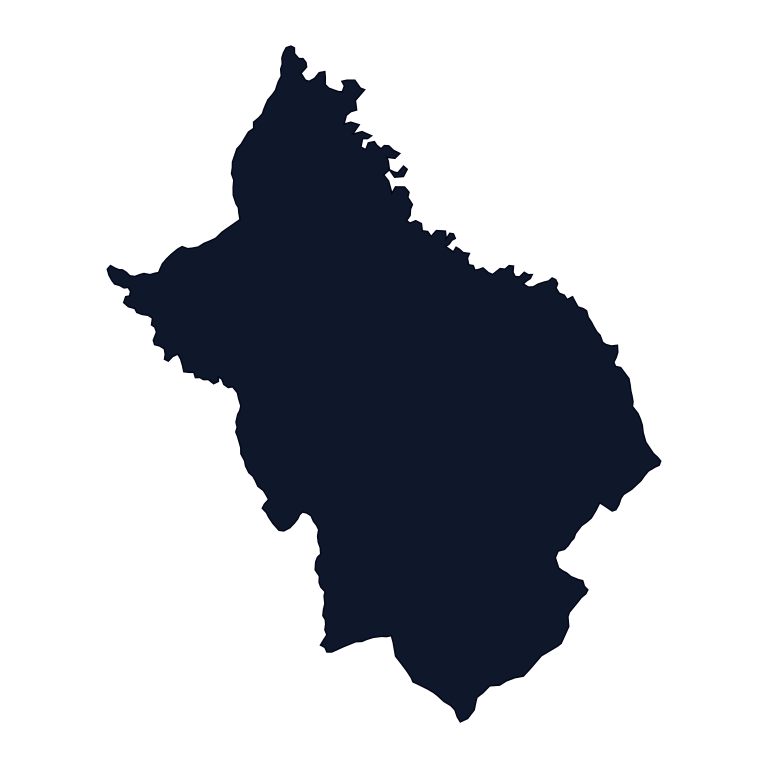 the district of Capão do Cipó, Rio Grande do Sul, Brazil
{"feature_id": "56859067B15295514409540", "entity_name": "Capão do Cipó", "entity_type": "district", "adm_level": 2, "iso_a3": "BRA", "parent_name": "Brazil", "parent_adm1": "Rio Grande do Sul", "projection": "albers", "projection_center": [-54.601, -28.949], "detail": "fine", "context": "isolated", "style": "filled", "palette": "ink", "viewbox_px": 768, "rotation_deg": 0, "n_neighbors": 0, "source": "geoboundaries", "source_scale": "gbopen_adm2", "svg_char_len": 4920}
<svg xmlns="http://www.w3.org/2000/svg" viewBox="0 0 768 768"><path d="M107.3,269.2L109.0,275.2L111.7,280.1L114.6,284.0L119.6,285.4L124.0,287.9L128.2,287.4L130.6,291.5L129.5,296.0L125.7,296.7L123.7,302.6L128.4,306.7L134.8,308.5L136.8,312.4L142.0,314.4L148.1,315.3L152.5,318.2L151.5,324.9L154.8,327.1L156.5,332.1L153.3,340.3L154.6,344.6L159.5,345.9L164.3,348.8L165.3,354.2L164.5,359.2L168.3,361.1L172.5,356.6L177.8,354.1L180.6,358.9L182.6,365.7L183.8,371.7L189.0,372.3L193.8,372.3L195.4,377.6L200.0,377.5L203.4,379.6L208.3,379.5L213.7,383.7L218.4,381.4L218.2,376.8L221.8,379.1L223.8,384.4L228.2,387.5L232.6,386.8L237.4,392.7L238.7,398.8L240.9,405.9L239.7,410.8L237.8,414.3L236.0,422.1L237.2,427.3L235.8,432.0L237.6,436.5L239.2,442.0L240.8,447.7L240.9,453.9L244.6,460.7L245.6,466.1L248.9,472.7L252.9,476.2L255.4,480.7L257.9,486.3L263.3,490.4L265.7,494.2L268.6,499.5L264.4,504.2L262.3,508.3L266.5,512.7L268.5,516.8L272.8,523.3L279.0,530.3L283.8,530.9L289.8,527.8L294.5,522.9L297.7,518.8L299.6,514.7L302.5,512.0L306.8,513.0L311.1,515.8L313.5,521.3L316.6,525.3L318.7,529.7L317.6,536.1L318.3,542.3L320.3,547.8L320.7,554.2L317.5,557.2L315.7,561.9L315.2,569.9L319.4,576.1L319.1,582.4L320.8,587.1L325.1,591.7L324.1,596.0L324.9,603.7L323.5,609.6L322.9,615.7L325.3,619.6L325.7,624.2L324.9,629.8L326.9,634.9L323.9,639.5L320.5,645.1L324.9,647.4L326.9,652.0L331.7,652.0L343.4,646.7L355.7,641.7L362.0,641.4L366.6,639.4L373.4,637.3L381.7,636.3L386.4,636.6L391.4,635.6L393.2,642.4L395.6,656.2L400.9,663.0L407.1,671.3L411.3,677.8L413.0,681.9L417.0,683.7L427.3,688.8L433.5,692.4L437.5,695.5L444.0,701.5L450.7,705.5L454.9,709.9L457.3,716.9L460.3,721.9L467.6,718.5L474.2,709.9L475.6,702.9L476.9,697.4L482.9,692.8L489.7,685.8L499.7,685.1L506.3,680.9L514.8,677.7L523.4,676.1L529.7,669.3L541.3,655.8L557.6,646.1L561.1,643.4L563.1,639.0L568.7,626.6L567.9,616.8L569.3,612.3L577.7,602.1L581.3,597.5L585.8,593.8L587.8,589.8L584.4,586.4L582.7,580.7L578.3,579.6L570.9,576.6L566.7,573.0L562.3,570.7L558.6,567.9L555.3,557.7L558.1,551.1L564.4,549.4L568.2,545.5L571.0,541.3L573.8,538.4L575.6,533.4L581.5,525.7L586.7,522.0L591.3,518.0L595.9,510.4L599.7,502.8L603.8,505.3L612.2,511.0L615.9,509.7L618.9,504.5L620.9,498.4L623.5,494.5L631.8,489.2L641.0,480.6L644.6,475.5L648.4,471.0L654.8,467.2L659.2,465.2L660.7,461.1L657.7,457.4L653.4,453.5L645.8,442.2L644.4,437.2L643.1,432.6L642.3,425.3L640.5,419.5L638.0,413.6L635.0,409.7L632.4,406.5L633.0,401.7L632.0,396.0L630.8,390.8L630.1,385.1L628.9,378.6L624.1,372.2L620.7,367.6L615.5,366.4L613.8,362.3L616.2,357.4L617.8,352.2L617.4,345.3L611.4,346.0L606.1,344.6L602.7,342.4L600.1,335.3L596.7,331.7L593.8,326.7L591.4,322.1L588.2,317.3L586.6,310.8L583.2,308.6L578.0,306.9L575.7,302.8L572.5,296.7L567.2,299.6L564.2,295.1L559.2,293.2L556.0,288.0L557.6,283.6L555.6,279.6L552.1,278.0L548.7,281.0L543.5,282.3L538.1,284.1L533.2,286.9L528.3,287.1L523.2,283.9L526.6,280.9L530.3,278.5L532.2,274.6L528.2,274.7L524.2,272.3L519.7,276.8L515.2,276.6L513.0,272.3L513.5,266.1L509.1,265.6L505.1,269.2L500.1,268.6L492.7,274.5L488.4,272.7L483.0,267.9L478.7,269.5L475.0,270.2L473.2,265.6L468.7,264.8L467.4,258.0L469.4,253.5L463.1,252.6L459.5,249.3L456.1,247.2L453.4,251.9L445.6,246.5L449.1,244.1L451.9,240.2L455.3,238.4L453.4,233.9L449.8,233.3L446.2,239.0L445.4,231.1L436.3,230.6L431.1,236.5L427.7,231.5L422.3,230.8L421.4,223.6L415.7,220.7L410.0,223.1L406.6,220.6L410.1,215.4L410.5,209.2L412.4,204.5L407.8,197.4L409.0,192.2L404.6,187.0L395.5,186.9L391.9,193.3L388.6,181.1L383.7,174.9L389.4,169.7L388.3,161.3L386.9,157.3L394.9,158.3L399.8,153.5L393.6,150.4L388.7,145.8L384.3,145.6L381.1,148.8L376.7,145.2L374.4,141.6L368.3,142.9L365.8,149.7L360.9,147.0L362.6,138.6L367.6,138.6L371.5,135.8L362.0,131.6L352.6,134.2L359.2,124.8L350.9,122.2L344.0,124.1L346.3,115.4L350.9,111.6L356.6,110.0L355.4,100.4L364.6,89.7L360.4,88.1L354.8,80.2L347.0,80.2L341.9,81.3L344.4,85.9L342.3,91.8L338.4,91.6L334.3,90.2L328.7,88.1L325.2,84.5L325.3,77.5L324.8,71.6L319.2,72.7L314.6,78.4L309.2,81.3L305.4,80.2L301.0,73.2L303.8,70.2L306.6,67.0L306.0,62.5L303.0,58.6L298.8,58.6L294.5,53.6L294.4,47.9L291.0,46.1L286.2,47.7L283.4,53.0L281.9,58.0L282.3,64.1L280.7,69.1L281.3,76.1L278.3,81.8L276.9,85.9L275.5,90.3L272.5,94.5L267.9,99.9L265.5,105.2L263.8,109.5L262.4,113.8L258.6,118.0L253.6,122.1L253.7,128.4L248.5,132.0L246.1,135.9L241.1,144.3L236.9,148.9L234.7,155.5L232.5,162.0L232.4,167.7L231.5,173.6L233.8,180.0L233.2,187.5L233.3,195.2L236.1,203.9L238.4,207.5L238.9,212.9L240.0,219.6L225.2,229.9L221.9,232.3L215.9,238.2L209.0,241.4L204.0,243.4L198.2,247.1L192.2,248.2L187.7,248.7L182.1,246.6L177.7,249.1L171.0,254.6L166.6,258.9L162.5,263.7L160.1,268.9L158.6,272.6L154.7,273.3L150.1,274.7L143.9,273.5L139.9,274.6L134.8,276.5L129.8,275.8L126.4,272.4L122.5,269.9L118.8,269.7L115.0,268.1L110.5,265.6L107.3,269.2ZM389.4,169.7L394.6,177.2L403.4,176.5L407.2,169.3L403.5,166.1L397.8,172.9L394.2,172.0L389.4,169.7Z" fill="#0f172a" stroke="#020617" stroke-width="1.5"/></svg>